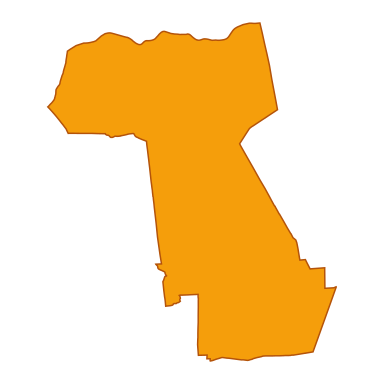 outline of Cheveresu Mare, Timis, Romania
{"feature_id": "2599482B8335236163508", "entity_name": "Cheveresu Mare", "entity_type": "district", "adm_level": 2, "iso_a3": "ROU", "parent_name": "Romania", "parent_adm1": "Timis", "projection": "mercator", "projection_center": [21.46, 45.664], "detail": "fine", "context": "isolated", "style": "filled", "palette": "amber", "viewbox_px": 384, "rotation_deg": 0, "n_neighbors": 0, "source": "geoboundaries", "source_scale": "gbopen_adm2", "svg_char_len": 5773}
<svg xmlns="http://www.w3.org/2000/svg" viewBox="0 0 384 384"><path d="M313.0,351.9L332.3,298.0L336.2,287.0L336.1,286.8L333.8,287.8L330.3,288.0L326.8,288.2L324.9,288.3L324.7,270.1L324.7,267.8L312.3,268.7L310.1,268.9L306.6,262.1L305.4,259.6L299.9,260.1L299.5,258.0L298.0,248.9L297.4,245.7L296.8,242.8L295.8,240.0L295.6,239.8L293.0,237.7L290.9,233.6L290.6,233.4L287.3,227.9L283.5,221.1L279.4,214.0L279.0,213.8L278.6,212.9L275.5,207.3L275.0,206.2L274.9,206.2L274.6,206.0L274.5,205.9L274.2,205.4L271.5,200.5L269.6,196.9L265.1,188.7L259.9,179.9L253.2,167.9L245.6,154.6L240.8,146.1L239.6,143.8L245.8,134.1L249.1,129.0L249.8,128.2L251.3,127.0L252.0,126.5L252.9,126.0L277.5,109.7L275.8,100.5L271.9,79.9L269.5,65.7L268.8,62.4L267.0,54.2L264.7,44.3L262.3,33.3L259.9,23.0L255.5,23.4L253.7,23.4L251.0,23.2L249.4,23.2L248.5,23.4L243.1,24.6L242.4,24.9L237.4,27.0L235.2,28.3L233.9,29.4L232.9,30.5L232.0,31.8L231.0,33.2L228.9,36.4L228.2,37.3L227.1,38.3L226.4,38.8L224.3,39.6L222.0,40.0L219.4,40.3L217.8,40.3L216.0,40.1L215.0,40.1L214.3,40.2L213.7,40.2L212.8,40.3L211.9,40.3L210.5,39.9L208.2,39.3L206.5,39.0L205.1,38.9L204.3,38.9L203.3,39.0L201.9,39.5L200.0,40.1L199.2,40.2L198.1,40.2L196.3,39.7L194.9,38.9L193.3,37.7L191.8,36.4L191.0,35.6L189.6,34.5L188.7,34.2L187.7,34.0L187.2,34.1L186.6,34.3L185.9,34.4L184.1,34.4L182.2,34.4L179.9,34.5L177.9,34.2L174.5,34.0L171.1,33.5L170.3,33.3L169.6,33.0L164.6,31.4L163.5,31.4L162.9,31.5L161.4,32.2L160.6,32.9L159.5,33.9L158.7,34.8L157.9,35.8L156.1,37.7L155.8,38.1L154.7,39.1L153.5,39.7L152.1,40.2L150.7,40.5L149.0,40.7L146.4,40.7L145.5,40.9L144.9,41.2L143.8,42.0L142.3,43.5L141.6,44.1L141.0,44.4L140.1,44.6L139.5,44.6L138.6,44.5L137.0,43.8L135.3,42.9L134.7,42.3L133.5,41.5L131.7,39.8L129.7,38.5L128.6,37.9L127.4,37.4L126.6,37.3L124.2,36.7L114.3,33.9L111.7,33.2L110.0,32.9L108.1,33.0L105.1,33.7L101.3,36.0L95.8,40.9L93.6,41.7L90.3,42.5L88.0,42.9L85.1,43.1L83.7,43.1L78.5,44.8L76.1,45.6L70.3,49.2L67.4,51.2L67.3,52.3L66.8,55.3L66.6,57.0L66.1,60.0L66.0,61.0L65.9,61.7L65.9,62.7L65.6,63.7L64.7,66.9L63.7,70.3L63.4,71.5L63.2,72.9L62.8,74.0L62.4,74.9L62.2,75.2L60.5,80.6L60.3,81.4L60.1,82.3L60.0,83.2L59.8,83.9L59.5,84.5L59.2,85.1L58.8,85.5L58.1,86.3L57.5,87.2L56.7,88.5L56.5,88.8L56.2,89.4L56.1,89.6L56.0,90.1L55.9,91.3L55.9,92.3L55.8,93.1L55.8,93.9L55.7,94.3L55.5,95.0L55.2,96.1L55.0,97.0L54.7,97.9L54.6,98.6L54.3,99.3L53.9,100.1L53.3,100.9L52.8,101.5L52.2,102.3L51.4,103.2L50.5,104.0L48.5,106.3L47.8,106.9L48.8,108.0L49.1,108.2L53.9,113.6L55.6,115.6L56.2,116.3L59.5,120.4L61.4,122.9L62.9,124.7L64.6,127.0L65.3,127.9L66.2,129.1L66.3,129.4L66.6,130.1L68.2,133.4L69.1,133.3L70.2,133.3L71.1,133.3L73.1,133.3L80.0,133.4L82.8,133.4L87.0,133.4L89.3,133.4L91.9,133.4L95.1,133.5L98.0,133.6L103.3,133.7L105.2,133.7L105.2,133.9L105.5,134.3L105.8,134.4L106.1,134.7L106.6,135.0L106.9,135.1L107.5,135.2L107.8,135.2L108.6,135.4L108.9,135.6L109.6,136.3L110.0,136.8L110.3,137.1L110.6,137.3L110.9,137.4L111.7,137.4L112.3,137.4L112.7,137.3L113.6,136.9L114.0,136.7L114.6,136.4L114.9,136.2L115.3,136.2L115.8,136.2L116.5,136.3L117.0,136.3L117.7,136.3L118.1,136.3L120.6,136.0L120.6,135.8L122.4,135.5L124.9,135.0L127.0,134.5L127.8,134.2L129.4,133.9L133.1,133.5L133.5,133.6L133.8,133.7L134.0,134.0L134.2,134.4L134.8,135.4L135.0,135.8L135.4,136.2L135.6,136.5L136.8,137.2L137.9,137.6L138.7,138.1L140.1,138.7L141.7,139.4L145.4,140.8L146.5,141.3L146.8,144.6L147.1,147.0L147.5,149.9L148.0,154.1L148.5,158.2L148.8,160.5L149.1,163.3L149.6,167.4L150.3,173.8L151.1,181.3L151.6,184.9L152.0,188.1L152.3,190.0L152.5,192.4L152.9,195.8L152.9,196.3L153.2,197.0L153.4,199.3L153.5,200.2L153.9,203.3L154.3,207.4L156.2,223.9L157.5,237.0L160.0,254.6L161.5,263.9L155.8,264.2L155.9,264.4L156.1,264.6L156.7,265.1L156.8,265.3L157.0,265.4L157.1,265.6L157.3,265.7L157.4,265.8L157.5,265.9L157.6,266.2L157.7,266.5L157.7,266.9L157.7,267.2L157.8,267.5L157.9,267.8L158.0,268.2L158.1,268.5L158.4,268.8L158.9,269.2L159.2,269.4L159.9,269.7L160.5,270.0L161.8,270.5L162.4,270.8L163.2,271.2L163.9,271.5L164.4,271.8L164.8,272.1L164.9,272.3L165.0,272.6L165.0,273.0L165.1,273.4L165.3,273.9L165.5,274.4L165.7,274.7L165.9,275.0L166.1,275.3L166.3,275.6L166.4,275.8L166.5,275.9L166.4,276.0L166.0,276.1L165.7,276.2L165.3,276.2L165.2,276.3L164.9,276.6L164.6,277.2L164.5,277.6L164.4,277.8L164.3,278.2L164.2,278.5L164.1,278.8L163.8,279.8L163.6,280.3L162.9,281.7L163.3,285.6L163.7,289.5L164.6,297.0L164.9,298.5L165.2,300.9L165.5,304.0L165.7,306.2L166.4,306.1L168.2,305.9L169.3,305.8L170.7,305.6L171.1,305.5L171.5,305.4L171.8,305.4L172.2,305.2L172.7,305.0L173.0,304.7L173.2,304.4L173.2,304.2L173.3,304.0L173.8,303.7L174.0,303.6L174.3,303.5L174.6,303.6L174.9,303.6L175.5,303.6L175.8,303.6L176.3,303.5L176.6,303.2L176.8,303.0L177.1,302.9L177.3,302.8L178.3,302.6L178.6,302.5L178.8,302.4L179.2,302.1L179.5,301.8L179.6,301.7L179.9,301.6L180.1,301.4L180.3,301.2L180.1,300.9L180.0,300.7L179.9,300.2L179.8,299.7L179.8,299.4L179.9,299.2L180.0,298.9L180.2,298.7L180.3,298.4L180.4,298.2L180.3,297.9L180.2,297.4L179.9,296.6L179.9,296.3L179.8,296.0L179.3,295.4L179.9,295.2L180.4,295.1L182.4,295.1L187.4,294.9L193.0,294.6L198.1,294.4L198.1,296.7L198.2,298.0L198.4,298.1L198.3,300.4L198.3,306.9L198.2,315.7L198.2,317.4L198.2,322.7L198.0,328.0L197.9,333.5L197.9,337.9L197.8,338.8L197.6,344.7L198.3,354.2L198.4,355.3L207.1,355.1L206.9,358.8L210.2,358.8L210.2,359.6L210.2,360.3L210.1,360.8L210.5,361.0L212.7,360.5L216.2,359.2L218.7,358.5L221.5,357.6L222.6,357.5L224.0,357.7L226.9,358.1L228.7,358.2L239.3,359.6L241.9,359.9L242.9,359.8L247.6,360.4L248.8,360.2L250.2,359.7L252.0,359.3L253.4,358.6L256.9,357.6L261.2,356.7L262.9,356.1L266.0,355.9L272.7,355.9L275.2,355.8L277.2,355.8L279.3,355.8L284.2,355.6L285.1,355.5L288.6,355.5L290.6,355.4L291.7,355.1L293.6,355.1L294.2,355.0L313.0,351.9Z" fill="#f59e0b" stroke="#b45309" stroke-width="1.5"/></svg>